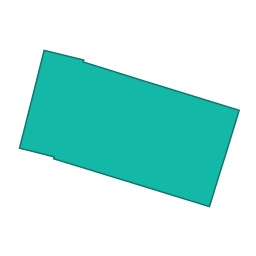 Utracán, La Pampa, Argentina, rotated 16°
{"feature_id": "61730980B38803740288067", "entity_name": "Utracán", "entity_type": "district", "adm_level": 2, "iso_a3": "ARG", "parent_name": "Argentina", "parent_adm1": "La Pampa", "projection": "albers", "projection_center": [-65.237, -37.33], "detail": "fine", "context": "isolated", "style": "filled", "palette": "teal", "viewbox_px": 256, "rotation_deg": 16, "n_neighbors": 0, "source": "geoboundaries", "source_scale": "gbopen_adm2", "svg_char_len": 492}
<svg xmlns="http://www.w3.org/2000/svg" viewBox="0 0 256 256"><g transform="rotate(16 128 128)"><path d="M29.3,177.3L31.6,177.2L65.0,176.1L65.0,176.9L65.0,178.1L66.9,178.1L187.0,180.3L188.6,180.3L190.4,180.4L191.3,180.4L227.9,181.1L228.1,173.9L228.3,161.9L228.4,158.1L229.3,119.7L229.3,118.1L230.0,80.4L141.7,78.6L129.6,78.4L68.1,76.9L66.8,76.9L66.8,75.2L66.8,74.9L28.5,76.4L26.0,76.5L26.5,92.0L27.7,126.9L28.2,143.2L29.3,177.3Z" fill="#14b8a6" stroke="#0f766e" stroke-width="1.5"/></g></svg>